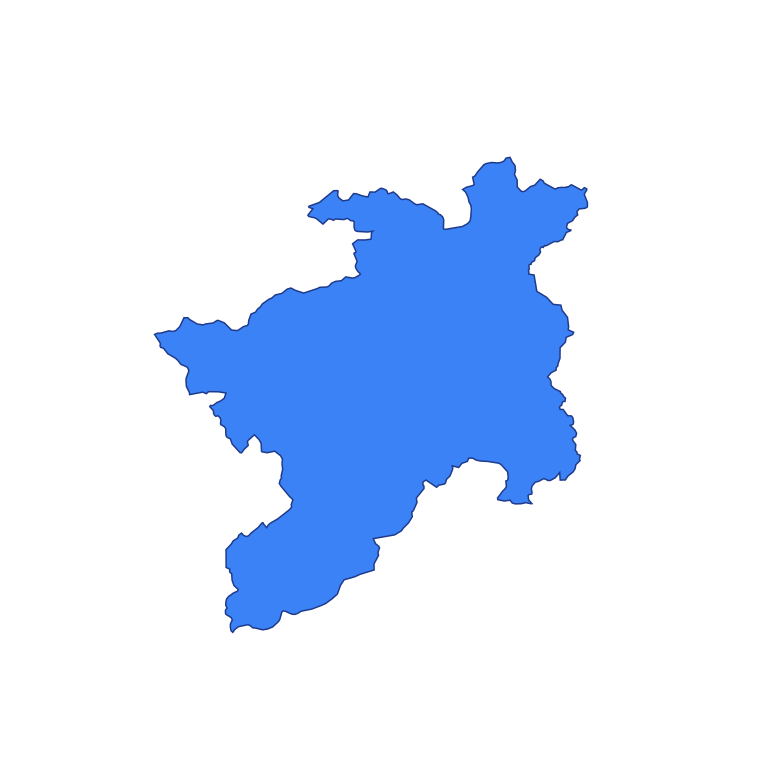 outline of Thuan Chau, Son La, Vietnam, rotated 136°
{"feature_id": "81297802B46916310956334", "entity_name": "Thuan Chau", "entity_type": "district", "adm_level": 2, "iso_a3": "VNM", "parent_name": "Vietnam", "parent_adm1": "Son La", "projection": "albers", "projection_center": [103.593, 21.415], "detail": "fine", "context": "isolated", "style": "filled", "palette": "blue", "viewbox_px": 768, "rotation_deg": 136, "n_neighbors": 0, "source": "geoboundaries", "source_scale": "gbopen_adm2", "svg_char_len": 6171}
<svg xmlns="http://www.w3.org/2000/svg" viewBox="0 0 768 768"><g transform="rotate(136 384 384)"><path d="M176.6,471.2L180.5,464.9L182.3,465.1L188.1,468.3L192.3,469.3L192.0,465.3L193.9,459.8L196.4,455.9L197.3,452.4L199.6,449.2L206.1,443.4L209.0,441.5L212.5,441.3L218.1,442.8L232.4,452.6L233.3,453.8L232.9,454.9L227.0,460.6L225.8,463.2L225.8,466.5L226.9,468.4L226.4,469.6L226.6,472.5L230.9,486.7L235.7,490.0L236.7,491.8L237.9,498.9L239.6,501.8L242.9,504.2L243.6,505.8L243.3,511.3L243.9,515.7L248.1,517.4L249.0,518.3L247.9,520.6L247.8,522.4L249.5,526.1L250.7,527.2L257.1,528.2L260.7,531.9L265.7,529.7L268.9,534.4L271.9,540.3L273.6,542.1L281.7,541.0L286.3,544.2L287.2,549.0L286.3,552.0L283.0,554.7L283.0,555.3L285.9,558.0L304.5,559.5L314.1,563.9L315.1,563.8L315.2,563.0L313.4,559.5L321.5,558.3L321.7,556.7L318.3,551.5L317.7,549.5L316.8,541.4L309.2,541.4L307.5,539.1L306.7,536.9L304.3,536.4L298.6,530.1L295.6,528.8L295.0,527.9L294.5,524.7L292.7,522.4L293.1,521.1L296.5,517.7L298.1,514.9L297.9,513.8L297.3,512.4L290.2,504.7L285.9,501.7L287.8,501.6L292.6,497.2L297.4,500.6L302.8,505.9L309.2,506.7L312.1,498.7L312.9,498.3L314.4,499.0L315.1,498.6L318.1,490.9L322.3,489.0L323.6,487.5L324.6,483.6L324.6,479.5L325.5,479.3L331.0,480.7L333.0,482.0L337.1,487.6L342.9,487.9L347.6,491.5L351.8,493.0L355.4,492.7L357.6,493.4L363.2,498.3L365.3,498.8L378.6,505.2L382.7,512.9L384.3,517.7L387.7,519.5L394.5,520.1L400.4,523.6L405.1,523.8L407.8,524.9L415.7,526.1L419.3,525.4L423.1,525.7L426.5,524.9L431.1,526.7L437.0,523.8L440.0,521.3L441.8,521.1L445.2,522.9L452.3,524.2L456.2,528.7L456.4,538.9L459.1,545.0L460.3,545.8L464.4,546.5L471.0,551.4L472.8,551.9L476.6,556.7L479.0,565.3L479.0,567.9L481.9,570.6L491.1,567.1L496.8,567.1L499.5,568.6L501.8,571.7L509.1,575.6L511.8,578.0L514.6,579.0L516.3,569.8L517.0,568.1L518.5,567.2L519.2,565.6L517.8,562.9L518.5,555.9L516.2,547.7L515.9,544.2L516.5,539.3L514.0,533.4L514.2,531.1L515.5,528.8L522.1,525.7L523.9,524.2L527.9,519.4L529.8,513.3L531.2,511.4L520.1,504.1L518.5,500.4L515.8,500.4L514.9,499.7L508.6,493.5L503.9,487.3L508.8,484.7L513.3,485.3L517.2,486.8L521.0,487.1L522.9,488.0L523.6,489.1L525.1,488.7L525.2,483.4L527.0,481.2L527.6,479.5L527.4,477.5L525.5,476.6L525.4,473.5L526.4,471.4L529.1,469.1L529.6,468.1L528.4,464.0L529.0,461.6L533.1,457.3L533.8,455.6L533.9,454.6L532.6,451.3L534.9,446.3L535.2,434.6L534.2,433.4L530.2,434.2L524.8,434.1L524.1,434.4L522.5,437.2L521.0,437.8L512.5,437.5L512.5,430.9L513.6,426.7L518.9,420.6L518.9,420.0L515.8,415.7L509.3,411.6L508.2,404.3L509.2,400.6L513.0,397.2L516.1,393.1L521.7,389.4L523.1,387.6L525.3,387.1L528.4,385.2L529.1,382.2L530.1,368.6L529.9,364.0L534.5,361.7L536.0,359.6L539.7,359.3L554.1,360.8L562.7,362.9L565.6,362.9L568.2,362.1L567.9,366.9L567.4,368.0L567.9,368.8L574.2,368.2L583.0,369.1L586.8,368.9L588.5,369.6L589.6,371.1L590.2,372.9L590.0,375.7L591.2,375.9L593.5,376.1L596.2,374.8L601.5,375.9L605.2,374.9L612.7,374.6L625.0,361.7L623.6,358.0L625.6,356.0L625.5,353.2L629.7,348.2L631.9,343.3L631.6,337.8L632.4,337.0L633.8,336.9L637.2,338.2L643.3,339.1L646.3,338.8L649.2,337.0L651.5,334.8L652.5,331.9L655.2,331.4L657.3,329.2L657.7,328.0L656.2,322.2L656.9,319.8L661.4,317.9L663.7,315.5L665.4,312.8L665.3,310.4L661.8,311.1L657.2,310.5L649.1,305.4L648.2,303.5L647.7,299.6L646.3,298.2L642.0,291.4L637.9,288.6L632.9,286.6L624.9,286.4L622.4,287.1L615.9,290.9L614.2,290.8L613.0,289.4L610.2,282.5L608.2,280.2L605.3,278.9L601.4,278.1L592.4,272.3L582.6,268.1L578.4,266.6L570.0,265.5L563.5,265.3L555.1,269.4L548.7,270.9L538.8,265.6L533.4,263.7L520.3,257.1L516.2,261.5L507.0,264.5L505.3,267.1L501.1,269.2L500.5,270.8L501.0,275.0L499.1,280.2L481.2,268.1L473.6,266.3L470.4,266.9L462.7,267.1L455.8,268.9L453.0,272.6L450.8,272.5L442.5,275.9L440.0,279.5L427.9,281.0L426.2,282.8L426.1,284.0L424.8,285.9L423.7,286.4L420.5,285.7L417.9,273.2L414.9,273.1L409.9,270.0L408.6,270.1L405.2,272.0L400.5,272.0L394.4,274.7L392.8,275.9L391.8,277.8L388.3,272.1L383.0,272.8L377.8,270.4L374.7,271.7L372.8,270.3L371.5,268.5L370.6,265.3L368.2,261.7L362.9,255.9L356.4,247.2L355.7,244.2L356.1,235.0L359.1,231.0L361.5,229.1L362.6,229.0L363.7,229.6L367.1,225.3L369.4,224.6L373.1,224.5L381.6,223.1L382.5,221.7L378.7,216.2L374.0,212.8L374.4,209.3L372.9,206.6L368.5,202.6L364.4,200.1L361.3,195.6L360.7,195.2L360.4,200.3L357.8,203.7L356.4,203.7L354.3,202.2L353.2,202.8L350.7,206.3L348.4,207.8L343.5,208.3L340.2,206.5L334.7,204.9L333.0,200.6L331.4,199.1L326.0,197.6L319.1,198.3L324.0,192.5L320.2,189.0L315.8,190.0L308.8,189.4L305.4,190.3L302.0,192.7L296.2,192.7L295.5,194.2L292.4,196.2L293.6,199.4L292.4,201.3L292.5,203.3L288.1,207.2L287.3,212.8L285.4,213.9L282.6,213.0L279.7,214.7L278.6,218.3L278.8,224.9L276.2,223.7L275.4,223.9L273.6,225.4L271.6,228.6L271.3,230.7L273.9,233.7L272.8,241.2L275.0,243.4L273.6,245.7L270.9,245.4L268.5,246.9L267.0,246.8L266.0,245.7L263.3,247.7L263.4,250.6L262.8,252.4L263.1,255.0L262.4,256.1L264.8,262.6L264.8,265.8L264.5,267.3L262.2,269.7L261.2,272.6L261.5,275.5L255.9,276.0L250.5,274.4L248.9,276.1L246.2,276.3L244.9,277.6L239.6,280.2L232.1,287.8L224.6,288.1L220.4,291.0L213.9,288.5L211.6,289.5L213.9,294.9L211.3,297.1L205.7,304.5L204.6,313.4L202.0,317.9L206.6,323.3L207.0,324.3L206.8,333.4L209.7,344.5L200.3,358.2L203.6,362.6L202.0,363.8L201.4,365.2L199.9,365.6L197.2,368.8L196.2,368.8L195.1,367.9L193.2,369.1L190.1,368.1L187.7,369.7L182.7,369.3L179.7,370.2L178.6,372.4L176.6,373.2L175.0,372.9L174.6,371.6L172.3,372.1L171.8,371.1L170.4,370.5L162.6,368.3L160.1,365.6L155.5,364.1L155.3,363.6L147.5,366.3L143.1,364.6L142.6,364.9L144.0,367.0L144.3,369.1L143.4,370.3L140.5,372.1L135.0,370.5L130.8,371.4L127.2,371.1L125.7,373.9L122.1,374.4L117.1,370.6L114.7,370.1L111.6,373.2L108.4,380.9L107.4,381.7L103.4,382.7L102.6,383.7L103.5,386.1L106.9,386.1L107.4,386.6L110.8,397.2L115.1,397.9L115.5,398.9L116.9,399.2L120.0,402.4L123.0,404.6L124.5,404.7L125.7,405.9L129.2,417.1L128.5,419.6L129.4,422.8L137.5,422.3L141.6,424.3L148.2,424.7L150.0,425.5L151.4,427.2L151.3,433.1L146.5,438.3L144.6,444.1L141.1,446.3L138.0,450.2L137.5,454.7L135.9,459.5L139.3,461.7L142.7,461.0L145.7,462.0L148.6,463.9L152.6,468.5L157.2,471.5L159.7,472.4L169.5,471.5L173.9,470.5L176.6,471.2Z" fill="#3b82f6" stroke="#1e3a8a" stroke-width="1.5"/></g></svg>